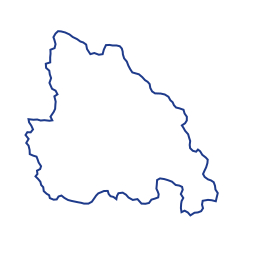 Passa Vinte, Minas Gerais, Brazil (Mercator projection), rotated 100°
{"feature_id": "56859067B565102456379", "entity_name": "Passa Vinte", "entity_type": "district", "adm_level": 2, "iso_a3": "BRA", "parent_name": "Brazil", "parent_adm1": "Minas Gerais", "projection": "mercator", "projection_center": [-44.257, -22.169], "detail": "fine", "context": "isolated", "style": "outline", "palette": "blue", "viewbox_px": 256, "rotation_deg": 100, "n_neighbors": 0, "source": "geoboundaries", "source_scale": "gbopen_adm2", "svg_char_len": 2489}
<svg xmlns="http://www.w3.org/2000/svg" viewBox="0 0 256 256"><g transform="rotate(100 128 128)"><path d="M44.8,213.7L47.6,215.8L51.5,217.2L54.0,215.8L58.0,213.9L62.1,214.2L64.4,218.0L68.1,217.2L72.0,216.9L76.9,216.0L79.0,220.1L83.0,219.1L85.2,215.5L88.8,214.3L92.2,212.4L97.2,213.2L102.6,209.6L103.8,205.8L107.1,203.3L109.6,206.0L114.6,203.8L117.3,203.6L121.8,203.1L124.9,203.9L130.3,206.3L133.6,203.9L134.5,206.6L134.8,211.7L135.8,215.3L135.4,218.8L136.3,222.6L136.6,227.5L139.6,226.4L142.4,223.7L145.9,221.3L149.2,223.1L149.6,226.4L152.7,227.7L156.0,224.0L160.4,225.6L162.6,222.9L166.7,221.1L170.8,220.2L171.7,216.4L172.1,213.1L174.6,211.6L177.5,210.0L180.7,207.0L183.7,207.4L185.8,210.2L189.0,209.2L191.7,210.7L193.8,207.7L196.1,205.0L199.2,203.6L201.0,201.2L204.8,200.0L206.9,196.7L207.9,194.0L210.6,192.8L211.5,188.8L210.7,185.8L207.5,184.5L206.1,181.8L207.9,178.5L209.3,174.6L209.6,171.0L209.7,167.8L209.8,164.4L209.8,161.2L210.1,158.2L209.3,153.8L206.9,150.8L203.3,149.1L200.0,147.6L197.5,145.9L195.9,143.3L194.2,140.7L193.5,137.0L196.3,135.6L198.2,133.4L198.4,130.4L200.1,127.1L197.0,127.1L193.9,126.1L192.6,122.0L194.0,118.4L196.4,115.4L198.0,110.8L196.4,106.3L200.1,101.6L199.6,97.7L198.2,94.3L194.5,92.5L192.9,89.3L191.1,86.2L187.9,86.3L185.4,87.7L182.8,89.5L178.9,89.8L174.2,90.3L172.1,87.7L172.0,83.5L172.4,79.9L173.2,75.4L175.8,71.2L175.8,67.4L176.6,64.5L179.3,63.4L183.9,64.5L187.3,61.4L190.6,62.5L193.3,62.5L197.7,62.0L201.6,60.7L199.6,57.9L200.8,54.4L203.2,51.4L199.9,47.8L199.0,44.5L197.2,41.5L194.0,40.2L190.6,41.8L186.7,41.8L184.9,36.8L184.6,33.0L184.9,28.8L180.9,28.6L176.5,28.3L173.4,31.2L169.8,32.3L166.5,34.2L165.2,37.2L164.7,40.3L162.9,44.0L160.3,46.1L157.0,45.3L153.1,44.2L148.8,43.7L145.3,44.0L143.5,46.4L141.5,50.2L138.4,52.9L137.1,55.4L139.5,56.8L139.2,60.2L137.1,63.3L134.0,64.3L130.0,64.5L127.4,65.9L123.7,67.7L120.9,71.2L118.1,73.5L116.1,75.4L113.4,72.6L110.4,71.4L106.7,72.0L103.9,74.8L100.4,76.5L99.7,80.8L99.5,84.2L97.6,86.7L94.9,88.5L93.3,91.1L90.2,93.6L88.6,97.6L88.4,101.8L89.2,107.4L87.8,110.6L84.7,113.0L81.0,114.3L79.1,116.7L77.9,119.6L75.4,122.8L73.2,126.6L72.9,129.8L72.5,133.4L69.6,136.1L66.5,138.5L62.8,140.7L60.1,143.9L56.4,145.8L53.7,146.5L50.8,147.9L48.9,150.3L48.7,153.7L49.4,157.7L49.4,160.6L50.2,164.1L55.0,165.4L59.7,165.8L60.9,169.4L60.0,174.2L61.8,177.9L59.7,179.9L57.3,182.1L53.1,183.7L51.5,187.0L51.1,189.9L49.3,193.6L48.0,198.2L46.0,201.9L44.8,206.6L44.5,210.7L44.8,213.7Z" fill="none" stroke="#1e3a8a" stroke-width="2"/></g></svg>